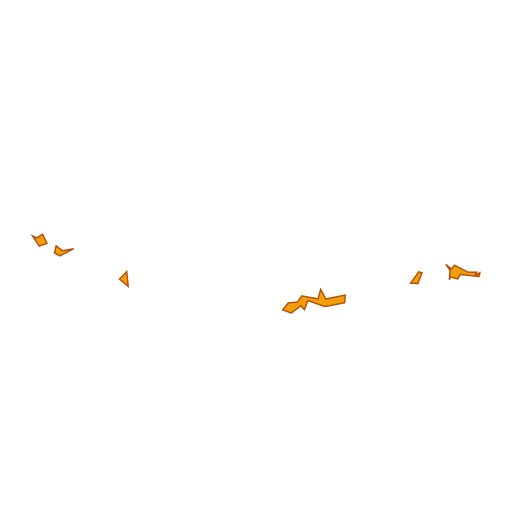 map outline of Okinawa (Robinson projection), rotated 44°
{"feature_id": "JPN-3502", "entity_name": "Okinawa", "entity_type": "Prefecture", "adm_level": 1, "iso_a3": "JPN", "parent_name": "Japan", "parent_adm1": "", "projection": "robinson", "projection_center": [127.452, 26.383], "detail": "coarse", "context": "isolated", "style": "filled", "palette": "amber", "viewbox_px": 512, "rotation_deg": 44, "n_neighbors": 0, "source": "natural_earth", "source_scale": "10m", "svg_char_len": 769}
<svg xmlns="http://www.w3.org/2000/svg" viewBox="0 0 512 512"><g transform="rotate(44 256 256)"><path d="M352.2,228.1L340.7,244.5L324.2,252.1L328.1,261.0L322.8,260.6L321.0,272.5L312.6,276.2L311.8,267.4L317.8,260.3L316.7,252.9L330.4,243.8L325.7,235.1L336.0,238.4L347.4,222.1L352.2,228.1ZM430.7,115.8L415.8,127.3L417.0,132.4L410.3,136.1L411.7,138.9L405.5,131.5L398.4,130.1L405.6,129.7L405.2,124.8L419.7,120.4L426.0,114.4L427.0,117.3L428.7,112.6L430.7,115.8ZM87.3,388.6L96.8,392.1L93.2,399.4L81.3,396.8L85.7,395.3L87.3,388.6ZM387.1,152.8L391.6,163.4L386.1,168.1L384.1,154.3L387.1,152.8ZM119.8,377.5L114.7,392.3L108.8,393.8L105.2,387.5L113.0,386.7L119.8,377.5ZM173.9,357.1L185.1,366.6L173.8,367.4L173.9,357.1Z" fill="#f59e0b" stroke="#b45309" stroke-width="1.5"/></g></svg>